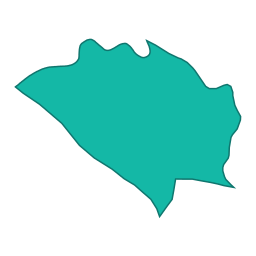 Pyokdong, P'yŏngan-bukto, North Korea
{"feature_id": "82179303B48679015064508", "entity_name": "Pyokdong", "entity_type": "district", "adm_level": 2, "iso_a3": "PRK", "parent_name": "North Korea", "parent_adm1": "P'yŏngan-bukto", "projection": "robinson", "projection_center": [125.318, 40.5], "detail": "fine", "context": "isolated", "style": "filled", "palette": "teal", "viewbox_px": 256, "rotation_deg": 0, "n_neighbors": 0, "source": "geoboundaries", "source_scale": "gbopen_adm2", "svg_char_len": 4711}
<svg xmlns="http://www.w3.org/2000/svg" viewBox="0 0 256 256"><path d="M159.6,216.6L167.4,205.7L172.1,199.4L173.8,190.0L175.6,179.0L183.2,179.1L192.3,179.1L201.3,180.8L210.4,182.4L217.9,184.0L223.9,185.6L233.8,187.4L231.1,184.9L225.8,179.4L224.5,176.7L222.8,170.9L222.8,167.5L223.7,164.5L228.2,158.2L229.0,155.2L229.3,147.4L231.0,137.4L232.4,134.8L237.2,128.9L240.4,120.1L240.6,116.5L237.3,110.5L234.8,105.2L232.8,95.6L232.8,92.3L230.8,86.4L227.2,84.5L223.9,85.3L216.3,88.6L209.3,88.6L205.7,86.4L195.0,70.7L192.7,67.9L187.2,62.5L181.1,58.9L178.3,58.0L168.9,53.5L155.5,45.1L146.7,40.6L146.8,40.9L147.0,41.2L147.1,41.6L147.3,42.1L147.5,42.6L147.7,43.0L147.9,43.3L148.1,43.8L148.2,44.2L148.4,44.6L148.6,45.1L148.9,45.5L149.0,46.0L149.2,46.4L149.3,46.9L149.4,47.3L149.5,47.7L149.6,48.1L149.7,48.4L149.8,48.8L149.9,49.2L149.9,49.7L150.0,50.1L150.1,50.5L150.1,50.9L150.1,51.5L150.1,51.9L150.1,52.3L150.0,52.6L149.9,53.0L149.8,53.4L149.7,53.7L149.6,54.1L149.4,54.4L149.2,54.7L149.0,54.9L148.7,55.2L148.5,55.4L148.2,55.7L148.0,55.9L147.8,56.1L147.5,56.3L147.2,56.5L146.9,56.6L146.5,56.8L146.1,57.0L145.8,57.1L145.4,57.2L145.1,57.3L144.7,57.5L144.3,57.5L143.9,57.6L143.5,57.6L143.1,57.6L142.8,57.5L142.5,57.5L142.1,57.5L141.8,57.4L141.4,57.2L141.1,57.1L140.8,57.0L140.6,56.9L140.4,56.8L140.1,56.6L139.8,56.4L139.2,56.2L138.7,55.8L138.3,55.6L137.9,55.4L137.5,55.1L137.1,54.8L136.7,54.5L136.4,54.3L136.1,54.0L135.8,53.7L135.5,53.4L135.1,53.0L134.8,52.7L134.5,52.4L134.3,52.1L134.0,51.8L133.8,51.4L133.5,50.9L133.4,50.7L133.1,50.3L132.8,49.8L132.5,49.4L132.1,49.0L131.8,48.5L131.5,48.1L131.1,47.6L130.7,47.2L130.5,46.9L130.2,46.6L130.0,46.4L129.7,46.1L129.3,45.8L129.1,45.6L128.7,45.4L128.4,45.1L128.0,44.8L127.7,44.5L127.4,44.3L127.1,44.1L126.8,43.9L126.3,43.7L125.9,43.5L125.4,43.5L125.0,43.4L124.8,43.4L124.2,43.5L123.7,43.6L123.2,43.6L122.7,43.7L122.3,43.8L121.9,43.9L121.4,44.1L120.9,44.2L120.5,44.4L120.2,44.5L119.8,44.7L119.3,44.9L118.8,45.2L118.4,45.5L118.0,45.7L117.5,46.0L117.1,46.3L116.6,46.6L116.2,46.8L115.7,47.1L115.3,47.4L114.8,47.7L114.4,47.9L113.9,48.2L113.4,48.5L112.9,48.7L112.5,48.9L112.2,49.1L111.7,49.3L111.2,49.6L110.9,49.7L110.5,49.9L110.1,50.0L109.7,50.1L109.2,50.2L108.8,50.3L108.4,50.4L108.1,50.4L107.7,50.4L107.3,50.4L106.9,50.4L106.4,50.3L105.9,50.2L105.5,50.1L105.1,49.9L104.7,49.8L104.4,49.6L104.1,49.4L103.8,49.1L103.4,48.8L103.1,48.6L102.8,48.2L102.4,47.9L102.0,47.5L101.6,47.2L101.2,46.9L100.9,46.6L100.6,46.3L100.0,45.9L99.4,45.4L99.0,45.1L98.6,44.7L98.1,44.3L97.6,43.8L97.1,43.4L96.7,43.1L96.4,42.8L96.0,42.5L95.6,42.2L95.3,41.8L94.9,41.4L94.4,41.1L94.2,40.9L93.8,40.6L93.3,40.4L92.8,40.1L92.4,39.9L92.0,39.7L91.5,39.5L91.0,39.4L90.6,39.4L90.3,39.4L89.9,39.4L89.4,39.5L89.0,39.6L88.6,39.7L88.2,39.8L87.7,39.9L87.2,40.0L86.7,40.2L86.4,40.5L85.8,40.8L85.3,41.1L84.9,41.4L84.4,41.6L83.9,42.0L83.4,42.3L83.1,42.6L82.6,42.9L82.2,43.2L81.8,43.4L81.5,43.7L81.3,44.0L81.0,44.4L80.7,44.8L80.5,45.2L80.3,45.5L80.1,46.0L80.0,46.5L79.9,47.0L79.8,47.3L79.7,47.8L79.6,48.3L79.5,48.9L79.4,49.5L79.4,50.1L79.3,50.7L79.3,51.3L79.2,52.0L79.2,52.5L79.2,53.2L79.1,53.9L79.1,54.4L79.1,54.9L79.1,55.7L79.1,56.2L79.0,56.7L79.0,57.3L78.9,57.8L78.9,58.2L78.8,58.6L78.6,58.9L78.5,59.2L78.2,59.6L77.9,60.1L77.6,60.5L77.3,60.9L77.1,61.2L76.9,61.5L76.5,61.9L76.0,62.3L75.6,62.7L75.0,63.1L74.5,63.4L73.9,63.8L73.4,64.1L72.9,64.3L72.4,64.6L71.6,64.9L71.1,65.0L70.6,65.2L69.9,65.3L69.3,65.5L68.5,65.7L68.0,65.8L67.4,65.9L66.8,66.0L66.1,66.0L65.3,66.1L64.6,66.2L63.9,66.2L63.4,66.2L62.7,66.2L62.1,66.3L61.4,66.3L60.8,66.3L60.2,66.3L59.6,66.4L59.1,66.4L58.6,66.4L58.0,66.5L57.5,66.5L56.9,66.6L56.3,66.6L55.7,66.7L55.0,66.7L54.4,66.7L54.1,66.8L53.5,66.8L52.8,66.9L52.3,66.9L51.8,66.9L51.2,67.0L50.6,67.0L50.0,67.1L49.5,67.1L49.0,67.2L48.6,67.3L48.0,67.4L47.5,67.5L47.0,67.7L46.5,67.8L46.1,67.9L45.7,68.0L45.3,68.1L44.8,68.2L44.4,68.4L43.9,68.6L43.4,68.7L42.9,68.9L42.4,69.0L42.0,69.2L41.5,69.4L40.9,69.7L40.5,69.9L40.0,70.1L39.4,70.4L38.8,70.7L38.3,70.9L37.8,71.2L37.2,71.4L36.7,71.6L36.2,71.9L35.8,72.2L35.3,72.4L34.8,72.7L34.3,73.0L33.7,73.3L33.4,73.5L32.9,73.8L32.4,74.1L32.0,74.4L31.6,74.6L31.1,74.9L30.7,75.2L30.2,75.4L29.7,75.7L29.3,76.0L29.0,76.2L28.6,76.5L28.2,76.8L27.8,77.1L27.4,77.4L27.0,77.7L26.6,78.0L26.2,78.3L25.8,78.6L25.4,78.9L25.0,79.2L24.6,79.5L24.3,79.8L23.9,80.1L23.7,80.3L23.3,80.5L23.0,80.8L22.6,81.2L22.2,81.4L21.8,81.7L21.5,82.0L21.1,82.4L20.7,82.6L20.4,82.9L20.0,83.1L19.7,83.4L19.3,83.8L19.0,84.1L18.7,84.4L18.3,84.6L18.0,85.0L17.6,85.3L17.2,85.6L16.8,85.8L16.4,86.1L16.1,86.4L15.7,86.6L15.4,86.9L23.2,93.2L39.6,104.3L61.8,123.3L79.5,145.4L94.3,158.0L112.2,169.2L124.1,178.7L134.6,185.0L143.5,192.9L150.9,199.3L156.8,208.7L159.6,216.6Z" fill="#14b8a6" stroke="#0f766e" stroke-width="1.5"/></svg>